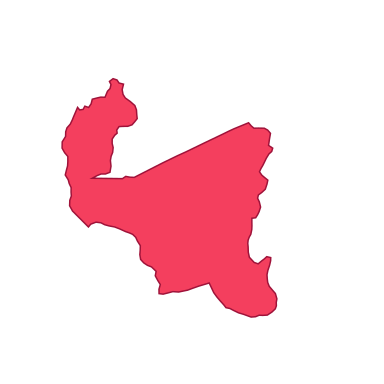 Itatiaia, Rio de Janeiro, Brazil, rotated 314°
{"feature_id": "56859067B89596650160395", "entity_name": "Itatiaia", "entity_type": "district", "adm_level": 2, "iso_a3": "BRA", "parent_name": "Brazil", "parent_adm1": "Rio de Janeiro", "projection": "mercator", "projection_center": [-44.586, -22.443], "detail": "fine", "context": "isolated", "style": "filled", "palette": "rose", "viewbox_px": 384, "rotation_deg": 314, "n_neighbors": 0, "source": "geoboundaries", "source_scale": "gbopen_adm2", "svg_char_len": 2407}
<svg xmlns="http://www.w3.org/2000/svg" viewBox="0 0 384 384"><g transform="rotate(314 192 192)"><path d="M95.3,119.3L94.9,141.8L98.5,141.5L103.6,143.9L106.6,147.9L107.8,151.9L110.0,155.9L113.1,160.6L115.1,165.3L117.4,171.8L119.0,175.2L120.3,178.7L120.3,183.0L118.8,186.8L117.5,192.1L114.1,195.2L110.7,198.0L107.8,201.9L107.5,206.6L108.3,210.9L110.0,214.9L110.0,221.3L106.2,223.8L104.6,228.8L103.4,233.5L99.1,235.8L96.0,238.9L98.5,242.2L102.5,244.7L107.0,247.4L110.8,251.9L115.1,254.8L118.3,257.0L123.1,259.3L128.9,262.2L138.5,267.6L134.7,277.6L133.8,282.8L133.3,287.6L132.9,293.3L132.4,296.8L134.5,300.1L135.7,304.2L137.4,309.4L139.8,314.0L143.1,321.4L146.5,324.4L150.0,325.9L152.4,328.6L155.8,331.7L161.2,332.9L165.8,333.1L168.8,331.7L171.1,329.3L174.1,327.3L176.9,322.5L177.3,318.0L177.8,313.1L179.5,309.3L181.7,306.6L184.5,303.5L188.2,301.1L193.2,298.7L197.2,296.3L199.5,294.2L197.4,290.7L194.1,290.5L191.0,290.0L186.3,289.5L184.5,285.7L184.9,278.6L187.8,274.3L191.5,270.5L193.8,267.8L196.4,265.8L199.3,264.5L202.4,263.7L206.5,261.1L209.3,258.6L211.8,256.1L214.7,253.3L217.7,255.7L221.2,255.0L224.5,253.9L228.8,251.8L231.7,247.2L233.1,243.5L236.0,241.8L240.0,242.5L244.9,242.8L249.7,240.5L253.2,238.3L252.9,234.8L252.6,230.7L253.4,226.5L256.8,225.3L260.2,224.5L263.7,223.4L267.9,222.0L272.8,220.9L276.5,221.2L279.6,219.6L278.7,214.7L283.7,211.1L288.7,207.7L289.1,203.4L288.1,199.7L284.1,195.4L280.9,192.2L280.7,188.7L281.1,184.6L266.7,178.3L261.0,176.1L255.7,174.2L237.2,167.3L216.5,159.7L207.9,156.3L192.6,150.7L162.4,140.3L159.5,137.0L157.2,133.5L153.3,132.7L132.6,110.7L137.8,112.3L141.8,114.1L144.8,117.2L149.2,119.3L154.3,115.8L158.0,111.4L161.5,109.0L165.4,107.4L169.2,104.4L171.5,100.8L174.7,97.8L179.1,97.0L182.3,97.3L184.3,94.8L188.4,94.1L191.5,97.0L194.7,100.2L198.7,102.2L202.7,102.0L206.7,101.6L209.3,98.5L212.5,95.0L214.5,90.8L214.2,84.8L213.3,78.7L214.3,74.6L217.1,70.7L222.0,67.8L219.7,63.8L220.5,60.2L218.7,56.5L214.2,55.8L213.0,59.1L209.5,61.2L205.8,61.2L199.7,63.6L196.8,60.4L193.4,58.2L189.5,55.8L185.3,58.2L181.0,58.9L179.3,55.3L175.8,56.3L173.0,54.2L173.4,50.9L168.7,52.7L163.7,54.6L160.8,55.8L156.2,57.3L151.3,57.5L147.6,59.3L144.1,62.5L137.9,63.8L133.3,68.1L131.8,73.1L131.3,78.0L127.6,81.6L124.3,84.4L121.0,86.2L116.2,89.0L114.8,94.5L112.8,97.8L111.2,102.0L107.9,105.1L105.3,108.0L101.1,109.9L97.1,113.5L95.3,119.3Z" fill="#f43f5e" stroke="#9f1239" stroke-width="1.5"/></g></svg>